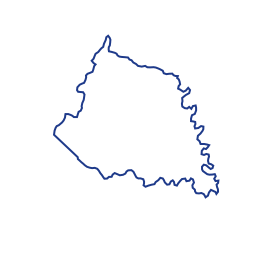 Urupema, Santa Catarina, Brazil (Robinson projection), rotated 249°
{"feature_id": "56859067B45014114874295", "entity_name": "Urupema", "entity_type": "district", "adm_level": 2, "iso_a3": "BRA", "parent_name": "Brazil", "parent_adm1": "Santa Catarina", "projection": "robinson", "projection_center": [-49.915, -28.011], "detail": "fine", "context": "isolated", "style": "outline", "palette": "blue", "viewbox_px": 256, "rotation_deg": 249, "n_neighbors": 0, "source": "geoboundaries", "source_scale": "gbopen_adm2", "svg_char_len": 3060}
<svg xmlns="http://www.w3.org/2000/svg" viewBox="0 0 256 256"><g transform="rotate(249 128 128)"><path d="M34.8,186.9L36.2,189.2L38.6,190.0L41.0,190.0L43.4,190.4L44.4,192.4L46.5,193.5L47.1,190.7L49.7,190.3L51.5,192.6L53.8,192.5L54.4,189.7L55.3,187.2L56.5,185.4L58.8,183.9L61.0,182.5L62.8,182.3L65.3,183.2L66.6,185.6L65.1,187.7L62.1,189.3L60.1,190.5L60.3,192.6L62.3,194.1L64.3,192.7L65.9,190.6L68.6,190.9L70.6,192.0L72.3,193.4L74.3,193.8L75.7,191.8L75.6,189.3L77.2,187.3L80.2,188.7L81.8,191.4L80.4,193.3L81.5,195.6L82.9,197.6L84.1,196.1L85.7,193.5L87.1,190.0L90.0,190.1L92.6,188.7L95.7,190.5L96.8,193.6L98.6,196.5L99.9,197.9L102.3,198.9L103.6,196.9L102.8,193.6L103.5,190.5L105.8,190.7L107.6,192.4L109.6,192.9L110.7,191.3L111.8,189.3L114.3,190.3L117.0,192.3L117.2,195.4L120.0,197.9L122.7,198.9L124.8,199.2L125.2,196.4L123.2,194.0L125.8,192.7L125.0,190.3L126.2,188.1L128.6,186.4L131.3,187.0L133.6,188.5L136.6,189.3L137.3,191.3L138.1,193.9L138.6,197.6L141.2,199.5L143.9,198.6L142.2,195.3L142.0,192.7L143.5,191.6L145.1,190.5L146.8,188.9L149.0,190.3L150.1,192.3L152.9,192.8L155.2,192.8L157.1,191.8L158.6,193.1L159.6,190.9L160.9,189.5L162.9,188.8L163.9,185.8L164.5,183.2L166.3,181.0L169.0,181.0L171.2,179.1L172.8,177.5L174.5,175.6L175.6,173.7L176.7,170.3L177.8,167.8L179.8,166.3L180.4,162.8L182.4,159.6L184.8,158.5L187.3,156.4L190.0,155.6L191.4,153.9L193.8,153.3L195.4,150.1L196.7,147.4L197.8,145.5L199.6,144.2L201.4,144.0L202.9,142.7L204.9,140.0L206.4,137.7L208.3,138.1L210.3,139.0L211.6,140.6L214.2,142.0L216.7,143.2L218.8,143.2L221.2,142.5L220.5,140.3L218.1,138.7L215.3,135.8L212.6,133.9L212.0,131.8L211.1,130.0L209.6,127.5L208.9,124.3L206.9,122.4L205.0,120.7L203.8,118.2L200.8,119.2L199.0,120.5L197.9,118.6L194.8,116.4L193.2,115.0L193.1,112.5L193.1,109.6L192.1,107.6L190.3,107.1L188.2,105.6L185.9,103.2L185.9,100.9L185.7,98.4L184.1,95.3L181.6,94.0L179.7,94.4L178.6,96.6L177.5,98.9L174.9,99.4L172.0,97.8L170.1,96.7L167.7,94.3L164.9,92.5L163.2,92.2L161.1,90.1L160.8,87.7L159.1,86.3L156.5,84.3L157.6,81.4L159.4,80.4L160.8,79.1L162.5,77.1L163.4,74.6L160.3,72.9L158.1,70.6L156.8,68.4L155.4,64.4L155.3,62.1L154.1,60.5L151.8,58.5L148.2,56.5L118.8,70.6L117.0,70.1L114.9,71.2L112.6,72.3L110.7,73.4L108.8,74.3L106.5,75.8L104.7,78.0L103.4,80.1L102.7,82.7L100.9,84.7L98.5,85.5L95.7,86.0L93.3,86.8L91.3,87.2L89.1,87.8L88.3,90.4L89.2,92.7L88.3,95.2L90.0,97.0L90.7,99.4L88.8,101.4L86.8,103.4L86.1,106.6L86.4,109.2L87.9,111.0L88.4,113.0L87.4,116.1L85.2,117.4L82.6,117.7L80.6,117.9L78.8,118.2L77.2,119.6L76.5,121.6L74.7,123.9L72.2,123.8L70.5,123.1L68.9,122.0L66.9,123.3L66.9,126.4L66.6,129.7L66.1,132.6L67.6,134.4L68.4,137.6L69.9,140.3L68.4,142.4L66.5,142.8L64.0,142.9L61.1,144.2L60.6,146.5L62.7,148.8L63.1,151.0L61.2,151.6L58.2,151.1L56.7,153.0L58.3,155.0L59.7,157.4L61.0,160.1L60.3,163.3L57.4,163.5L56.8,166.5L58.4,168.7L56.7,170.2L53.4,170.0L51.5,167.6L49.0,167.0L46.5,168.3L44.7,167.9L42.7,168.4L41.5,170.8L41.0,173.2L39.2,175.0L37.3,175.4L35.5,175.6L36.2,178.4L38.8,180.5L40.5,183.3L38.2,185.5L36.9,186.8L34.8,186.9Z" fill="none" stroke="#1e3a8a" stroke-width="2"/></g></svg>